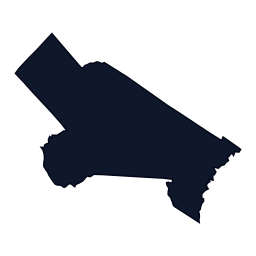 Peabiru, Paraná, Brazil (Equal Earth projection)
{"feature_id": "56859067B78247046057010", "entity_name": "Peabiru", "entity_type": "district", "adm_level": 2, "iso_a3": "BRA", "parent_name": "Brazil", "parent_adm1": "Paraná", "projection": "equal_earth", "projection_center": [-52.308, -23.93], "detail": "fine", "context": "isolated", "style": "filled", "palette": "ink", "viewbox_px": 256, "rotation_deg": 0, "n_neighbors": 0, "source": "geoboundaries", "source_scale": "gbopen_adm2", "svg_char_len": 1813}
<svg xmlns="http://www.w3.org/2000/svg" viewBox="0 0 256 256"><path d="M41.1,147.3L43.1,150.1L44.2,154.3L44.5,158.7L43.9,162.4L43.8,166.2L45.9,169.8L47.7,172.2L49.0,175.2L51.4,178.9L53.2,181.6L55.3,184.2L57.2,184.9L60.9,185.2L62.7,186.5L64.2,187.4L66.6,185.9L67.8,184.5L69.4,183.7L71.3,184.0L72.7,185.2L74.7,186.7L75.8,184.4L79.1,183.0L80.9,181.9L82.5,181.1L84.4,179.0L85.6,177.4L87.5,175.9L89.6,176.7L91.6,175.9L93.7,174.3L101.7,174.5L106.7,174.8L109.8,175.0L146.8,177.2L163.0,178.1L172.9,179.3L172.0,183.2L170.1,182.8L168.2,182.2L166.5,182.8L167.1,185.2L169.0,188.5L168.4,190.5L168.1,194.4L169.5,196.3L170.9,197.8L171.5,200.0L172.5,201.9L173.0,204.2L174.1,206.2L199.2,222.4L198.9,220.0L199.4,216.7L199.2,213.8L198.4,211.0L200.2,209.4L200.6,206.7L202.0,203.1L203.6,201.3L203.5,198.8L201.8,198.3L201.8,194.0L203.2,192.3L205.3,190.3L208.2,188.8L206.9,187.0L206.4,184.7L208.2,182.6L209.8,181.7L209.0,179.2L213.1,180.2L212.8,177.7L212.7,175.1L214.3,174.7L215.9,172.0L214.4,169.6L213.5,167.7L215.8,167.5L218.3,168.2L221.4,165.4L224.1,164.8L225.9,162.4L228.4,160.7L227.4,157.4L229.3,156.0L230.5,154.0L232.2,153.4L233.5,155.4L235.0,151.4L236.8,152.0L239.0,152.0L240.6,149.4L238.9,148.1L223.1,137.0L221.6,140.6L212.2,134.7L207.5,131.7L198.1,125.5L193.2,122.2L190.3,120.3L177.3,111.7L167.6,105.5L163.5,102.6L154.4,96.2L127.0,76.9L104.3,62.6L101.9,63.6L99.8,62.7L97.1,61.8L95.1,62.6L93.0,63.4L90.9,63.1L89.3,63.6L87.0,64.9L84.9,65.5L83.3,67.7L81.6,67.9L79.3,65.6L60.5,43.7L51.9,33.6L36.1,50.7L29.5,57.2L18.9,68.6L15.4,73.4L25.1,83.6L26.9,85.8L33.0,92.5L52.0,112.9L61.5,123.7L66.8,130.6L64.8,131.0L63.0,131.3L61.5,132.6L59.5,133.7L57.2,135.3L54.2,135.2L52.1,135.3L51.7,138.2L49.7,136.5L48.5,139.3L48.6,141.5L48.3,143.7L46.5,143.8L44.6,145.1L44.5,147.5L41.1,147.3Z" fill="#0f172a" stroke="#020617" stroke-width="1.5"/></svg>